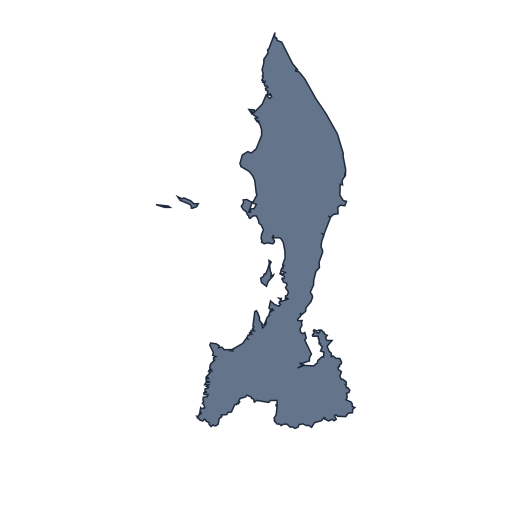 map outline of Kamchatka (orthographic projection), rotated 150°
{"feature_id": "RUS-3468", "entity_name": "Kamchatka", "entity_type": "Region", "adm_level": 1, "iso_a3": "RUS", "parent_name": "Russia", "parent_adm1": "", "projection": "orthographic", "projection_center": [164.844, 57.899], "detail": "fine", "context": "isolated", "style": "filled", "palette": "slate", "viewbox_px": 512, "rotation_deg": 150, "n_neighbors": 0, "source": "natural_earth", "source_scale": "10m", "svg_char_len": 6128}
<svg xmlns="http://www.w3.org/2000/svg" viewBox="0 0 512 512"><g transform="rotate(150 256 256)"><path d="M387.3,146.8L385.9,146.1L383.6,147.7L384.0,147.2L382.4,146.7L381.9,148.0L383.1,148.3L379.8,152.3L379.6,151.2L376.2,150.1L375.6,153.0L376.0,155.3L374.2,155.8L373.9,158.0L372.1,160.1L368.9,158.5L366.8,159.8L369.8,161.6L370.2,162.6L369.5,163.6L366.5,162.5L368.0,164.2L366.6,166.3L363.2,165.7L362.6,166.2L364.1,167.9L361.6,168.2L364.9,170.2L362.3,171.6L358.7,169.6L361.6,172.7L359.9,176.0L359.4,176.2L359.2,174.0L358.5,173.6L358.7,176.4L353.5,178.1L354.9,179.6L352.2,181.4L352.8,180.2L351.7,178.9L351.7,182.7L349.4,185.2L343.9,186.5L344.7,187.2L343.7,189.2L341.0,188.8L343.2,191.8L341.2,193.6L340.6,201.9L338.8,203.3L334.4,199.9L332.7,196.7L334.3,195.3L331.3,194.3L330.2,190.6L324.3,187.4L325.7,186.9L323.5,185.3L322.5,186.5L323.0,187.0L311.3,186.9L305.5,189.5L304.6,188.4L304.7,189.9L302.4,191.4L300.9,190.8L300.3,192.1L299.0,190.8L299.5,192.6L298.3,192.3L298.6,192.9L297.2,194.0L294.9,192.1L295.3,194.8L293.3,195.6L293.8,196.7L284.9,208.4L283.1,208.5L282.9,206.3L283.8,200.7L285.2,198.6L284.4,193.3L285.5,193.3L286.2,190.4L281.5,192.1L280.3,193.7L281.1,193.9L281.9,192.6L282.4,192.2L284.1,191.6L277.0,197.2L274.2,198.1L274.0,197.1L274.0,198.8L271.1,201.4L270.2,200.6L270.6,199.5L269.2,201.0L268.1,200.4L268.4,202.1L269.8,201.8L270.9,204.3L265.9,209.8L264.1,204.6L261.2,201.1L259.0,201.7L259.6,203.4L259.2,204.3L256.2,205.6L257.2,207.9L255.2,206.5L257.4,204.1L249.7,202.7L250.4,204.6L251.9,204.2L250.4,206.7L248.4,206.4L246.0,208.5L246.3,213.7L243.4,215.7L243.2,217.1L245.2,219.6L245.0,223.0L244.0,224.3L244.6,222.6L242.5,222.8L241.6,224.3L244.2,228.5L242.8,229.7L242.8,228.0L241.6,226.8L239.0,227.0L241.6,230.4L241.4,231.4L238.7,233.0L239.0,231.1L237.9,233.5L235.9,233.8L237.4,233.9L237.4,235.0L231.9,239.6L228.4,246.1L225.5,254.6L225.8,258.8L226.6,260.1L231.8,263.0L230.3,265.5L232.7,263.8L232.4,260.2L233.0,258.9L235.3,258.1L239.7,261.8L242.8,262.5L244.3,265.3L243.0,266.3L243.0,268.4L240.4,271.9L236.4,274.9L236.0,280.3L237.0,282.8L235.9,286.3L235.7,290.5L238.3,292.2L242.4,291.5L242.9,292.7L242.3,294.4L242.8,296.1L242.3,299.1L243.8,302.6L243.9,306.4L240.1,308.3L239.1,311.0L235.7,309.5L233.1,305.0L231.9,304.7L240.4,297.7L239.0,296.7L237.3,299.6L234.0,298.0L229.9,300.5L232.4,303.7L224.2,308.7L224.5,310.0L219.2,322.3L218.8,327.1L219.5,332.4L224.4,341.1L223.7,342.1L223.9,343.9L217.4,350.3L210.9,350.5L208.6,347.5L202.1,348.8L190.8,357.7L188.0,362.7L186.8,367.6L187.0,370.4L186.1,371.2L187.5,373.2L187.0,371.1L187.9,371.8L188.1,375.8L185.4,375.0L188.0,380.2L186.9,381.8L187.7,383.3L188.6,382.0L188.9,386.5L184.5,383.4L185.5,381.3L174.6,384.4L166.8,390.3L165.3,385.5L162.7,386.3L162.5,389.1L163.9,389.6L163.7,388.5L165.8,390.0L163.2,392.9L164.6,394.8L163.9,396.6L161.6,396.0L161.5,397.8L163.1,398.5L163.0,400.7L161.0,402.6L163.0,402.6L163.4,403.4L162.2,404.2L163.0,405.4L160.1,407.5L160.6,408.7L158.7,409.9L157.7,414.2L152.8,419.1L150.8,422.5L144.1,425.7L142.8,428.9L141.3,429.0L127.8,440.0L129.8,437.5L130.1,435.1L129.2,434.7L129.8,431.9L126.8,428.4L128.2,404.2L126.7,395.6L127.8,398.0L129.3,396.4L126.6,393.8L125.2,384.5L125.5,361.6L124.2,344.1L124.5,320.9L129.2,301.1L130.6,299.1L135.1,286.1L138.4,280.9L139.2,280.6L137.6,282.5L137.1,283.9L139.6,280.4L143.7,278.4L145.5,274.3L147.2,276.1L153.0,266.6L152.7,260.3L150.3,258.1L154.0,255.1L157.4,257.8L160.8,257.3L163.8,251.6L168.0,253.2L172.1,252.5L173.5,254.6L172.2,252.1L186.3,240.8L187.4,241.9L186.9,239.9L191.6,236.1L195.1,231.4L195.4,227.9L196.6,225.7L204.4,219.2L206.9,214.2L211.8,212.7L218.0,206.3L220.7,202.1L226.7,197.8L227.4,196.0L226.8,195.1L227.5,192.1L231.2,189.0L238.5,186.3L240.7,183.3L246.1,182.3L245.9,184.5L247.6,181.6L251.7,180.3L252.0,179.3L251.5,178.8L248.3,177.0L250.1,175.5L250.7,173.2L254.2,170.9L255.5,167.9L254.5,165.5L252.0,165.3L253.5,159.8L255.8,158.9L257.0,143.4L260.7,141.0L262.2,138.4L270.7,140.2L271.6,141.8L271.5,140.6L269.5,138.4L276.0,138.1L269.3,137.4L261.1,132.0L256.3,132.8L254.4,134.7L249.1,135.7L248.1,134.8L245.2,138.6L247.6,141.5L244.1,144.1L244.7,147.1L244.1,148.0L245.2,148.4L243.0,152.3L243.4,152.9L242.3,155.5L246.9,158.1L246.7,159.4L243.9,160.5L243.4,161.3L243.8,162.3L242.6,163.1L240.7,160.7L241.8,159.5L240.5,157.9L237.7,159.1L239.6,160.9L236.3,159.1L235.9,156.6L235.3,156.1L235.8,154.5L234.0,151.6L236.5,150.7L236.9,147.5L232.4,144.8L239.6,142.3L240.3,136.8L239.4,134.4L241.1,131.1L239.4,131.1L237.9,127.4L234.6,125.3L235.0,121.3L236.1,120.0L238.7,119.7L238.8,118.5L240.7,118.4L241.4,116.7L239.9,113.1L243.5,110.0L243.7,106.6L242.5,105.8L240.8,102.0L242.0,99.8L242.9,99.9L242.7,99.1L243.4,98.1L243.1,96.2L242.3,96.0L241.9,92.8L243.8,91.3L246.2,91.9L247.5,88.2L249.9,86.5L246.7,82.0L246.6,79.9L247.8,77.6L246.2,75.4L248.9,74.9L250.9,72.0L254.9,73.8L258.5,72.0L265.5,76.4L266.1,78.4L267.0,78.7L268.0,78.3L268.1,74.5L270.8,74.3L271.9,76.6L275.6,76.8L278.0,80.4L277.2,81.1L277.8,82.1L281.6,80.6L288.7,82.4L293.5,79.8L295.2,83.2L296.8,83.6L299.4,87.2L303.0,88.5L305.3,86.7L308.5,87.3L310.1,90.0L312.0,90.7L313.2,94.9L316.3,96.6L319.1,96.6L319.5,98.5L321.7,99.9L322.6,104.2L321.6,105.0L321.5,106.6L318.2,108.2L313.5,114.3L313.5,115.9L312.4,115.9L312.9,117.2L311.5,117.4L310.0,120.4L315.8,123.7L318.2,122.8L327.6,130.6L330.5,130.3L329.6,133.4L331.0,134.9L330.5,136.0L333.5,140.1L335.5,139.2L340.9,140.5L343.7,139.1L343.0,137.9L345.2,136.8L345.8,137.9L347.0,137.0L348.7,138.0L355.3,133.2L358.4,134.6L360.7,133.3L365.5,135.7L365.9,134.0L369.2,133.5L372.8,129.3L375.1,129.0L376.6,129.4L377.7,131.2L380.2,130.7L380.8,133.5L380.0,135.3L381.6,137.5L382.0,140.4L384.7,139.7L386.8,142.3L386.9,144.2L387.8,145.2L387.0,145.8L387.3,146.8ZM264.5,230.3L263.0,234.5L259.9,234.5L257.8,236.3L256.6,235.6L252.1,239.1L248.4,242.6L247.0,245.6L245.9,243.2L248.7,241.3L251.2,235.9L251.3,233.6L253.1,231.0L250.1,231.0L250.9,230.3L258.3,227.8L262.1,224.5L264.5,230.3ZM293.9,342.1L294.2,346.5L291.6,342.7L289.4,342.3L285.0,336.5L283.6,332.2L279.8,330.2L282.7,328.4L287.5,329.2L288.1,329.9L287.1,331.4L287.6,334.0L293.9,342.1ZM310.7,343.7L316.9,350.4L307.1,343.2L306.1,341.1L310.7,343.7Z" fill="#64748b" stroke="#1e293b" stroke-width="1.5"/></g></svg>